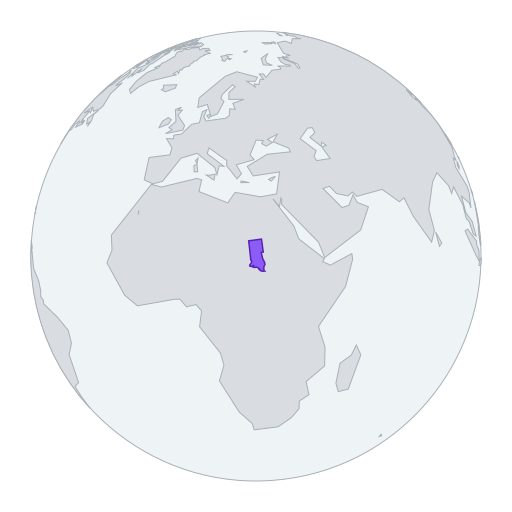 globe centered on North Darfur, rotated 353°
{"feature_id": "SDN-881", "entity_name": "North Darfur", "entity_type": "State", "adm_level": 1, "iso_a3": "SDN", "parent_name": "Sudan", "parent_adm1": "", "projection": "orthographic", "projection_center": [25.452, 15.918], "detail": "medium", "context": "on_globe", "style": "filled", "palette": "violet", "viewbox_px": 512, "rotation_deg": 353, "n_neighbors": 0, "source": "natural_earth", "source_scale": "10m", "svg_char_len": 9893}
<svg xmlns="http://www.w3.org/2000/svg" viewBox="0 0 512 512"><g transform="rotate(353 256 256)"><circle cx="256" cy="256" r="225" fill="#eef3f6" stroke="#a8b0b8"/><path d="M194.7,39.2L196.6,38.7L187.5,41.5L187.1,42.0L181.9,43.7L186.1,42.7L190.9,41.2L194.3,40.4L194.5,40.8L188.0,42.7L186.9,42.8L185.1,43.6L181.7,44.5L183.5,44.3L175.5,47.0L183.6,45.0L177.5,47.8L172.1,49.5L172.5,48.3L160.8,51.8L158.9,52.7L176.5,45.2L194.7,39.2ZM144.9,60.0L133.4,67.5L127.6,71.2L119.9,76.9L123.2,74.9L130.3,69.8L134.5,68.2L142.8,63.0L145.7,61.8L154.3,57.4L153.1,59.3L147.4,63.8L140.2,67.8L137.5,70.1L144.5,67.7L131.3,77.3L122.9,88.0L119.4,90.8L112.4,92.6L112.0,88.2L102.9,93.2L108.9,91.6L100.2,99.6L98.8,101.9L99.4,102.7L102.8,100.5L99.8,103.9L92.7,106.1L95.3,103.0L97.5,102.1L97.2,100.5L92.4,103.2L88.4,107.7L85.3,109.1L82.4,112.6L80.1,115.2L85.0,109.4L76.2,120.3L75.8,120.8L87.5,106.4L100.4,93.1L114.3,80.9L129.2,69.8L144.9,60.0ZM34.9,213.0L34.9,218.5L34.3,220.9L33.8,241.4L37.3,254.2L38.1,265.0L37.3,269.9L39.4,273.8L39.5,277.7L51.4,292.5L60.5,306.7L62.2,319.9L58.5,331.2L64.5,359.9L60.5,363.5L65.7,374.6L72.8,387.0L63.6,373.2L55.5,358.6L48.4,343.5L42.5,328.0L37.8,312.0L34.3,295.8L31.9,279.3L30.8,262.7L30.9,246.0L32.3,229.5L34.9,213.0ZM154.3,56.8L154.2,57.1L152.7,57.7L154.3,56.8ZM158.0,54.8L156.2,55.3L157.8,54.4L158.8,54.1L158.0,54.8ZM159.9,54.4L160.7,52.9L163.4,51.4L169.8,49.3L159.9,54.4ZM192.3,40.6L187.2,42.2L191.3,40.7L192.3,40.6ZM208.5,35.8L205.2,36.6L215.0,34.5L215.0,34.8L209.6,36.0L204.7,36.9L208.5,36.4L194.1,39.9L200.7,37.6L208.5,35.8ZM196.0,40.0L196.8,39.5L203.5,37.8L203.1,38.6L201.0,38.9L196.0,40.0ZM222.5,33.2L223.8,33.1L225.8,32.9L215.6,34.7L217.2,34.1L222.5,33.2ZM199.6,39.4L202.6,39.2L199.7,40.4L195.6,40.5L199.6,39.4ZM205.5,37.1L208.6,36.5L206.7,37.0L205.5,37.1ZM190.9,45.3L191.7,44.2L195.3,43.2L190.9,45.3ZM204.0,39.0L205.0,38.6L206.5,38.2L207.8,38.4L204.0,39.0ZM217.3,34.7L216.8,35.0L221.5,33.9L222.8,34.2L215.7,35.4L219.2,35.0L219.6,35.1L213.5,36.1L217.3,34.7ZM213.6,37.5L205.1,39.8L202.7,41.7L199.5,42.6L203.9,39.3L213.6,37.5ZM214.1,36.5L213.1,37.2L209.6,37.7L208.1,37.5L214.1,36.5ZM226.1,34.0L226.1,33.3L227.6,33.1L226.1,34.0ZM213.6,37.9L215.7,37.3L213.9,37.9L213.6,37.9ZM223.0,35.0L222.8,34.6L224.6,34.4L223.0,35.0ZM220.0,36.7L217.2,37.4L216.1,37.2L220.0,36.7ZM222.0,35.8L224.4,35.6L217.4,36.7L221.6,35.7L222.0,35.8ZM224.7,34.8L225.7,34.6L224.6,35.0L224.7,34.8ZM225.7,37.5L217.2,39.0L214.7,38.3L223.4,36.9L225.7,37.5ZM357.6,54.9L359.5,55.9L378.5,67.1L376.6,65.7L391.7,76.2L405.9,87.8L419.1,100.6L425.4,107.5L428.2,110.7L438.2,123.4L438.5,123.9L432.6,116.2L431.0,114.5L427.1,109.9L430.5,115.3L425.2,109.0L430.4,116.9L434.5,121.3L433.5,118.4L440.4,128.7L446.5,136.3L453.3,147.6L463.7,171.7L465.1,181.6L466.4,185.8L463.8,182.8L465.1,192.5L473.9,212.1L475.3,218.8L475.2,234.5L474.3,229.6L467.3,221.7L469.5,238.3L474.9,248.4L476.9,263.1L474.3,260.6L471.8,247.9L469.3,244.6L467.5,230.4L460.6,211.5L457.8,217.7L455.6,209.4L445.7,195.4L440.3,204.0L433.2,230.8L436.2,252.4L432.0,263.6L417.1,236.0L409.9,216.2L404.9,219.6L389.3,205.2L363.4,209.1L359.4,204.3L354.6,207.6L343.5,203.8L337.3,195.7L330.8,197.2L347.3,218.4L354.3,217.0L359.7,207.2L363.0,215.1L373.6,220.9L363.0,243.0L324.0,265.9L319.8,250.0L287.7,207.9L288.4,202.9L288.3,202.4L287.8,201.4L285.4,209.6L279.7,201.4L297.3,231.0L300.5,244.1L323.5,267.0L321.5,269.7L328.7,274.1L351.4,265.3L351.6,270.8L341.2,297.1L309.4,333.5L313.4,355.1L310.7,373.5L290.4,386.7L291.7,400.1L281.2,405.3L280.2,412.7L271.5,420.7L257.1,428.2L233.0,428.3L231.9,421.9L220.3,408.8L204.5,375.6L210.9,360.3L208.9,348.0L191.4,319.4L195.3,303.8L190.5,296.9L180.8,298.0L175.3,289.6L169.4,289.0L132.3,291.0L120.9,279.0L107.2,244.6L113.8,232.6L115.0,217.6L160.8,172.2L170.6,176.0L206.8,171.8L211.3,173.8L207.2,185.1L234.4,199.8L243.1,190.3L267.7,197.8L284.0,196.9L289.6,175.4L262.9,176.2L258.2,166.0L279.5,156.4L302.8,156.8L301.7,152.9L286.9,144.8L292.1,137.6L281.7,141.6L286.0,145.3L279.6,148.2L275.3,145.1L277.3,142.4L270.3,140.9L262.4,154.9L265.9,160.2L247.5,163.1L251.6,172.6L246.6,177.1L237.9,162.9L238.7,157.7L222.5,143.0L220.0,148.5L235.1,163.1L230.4,162.0L227.2,170.7L225.9,163.2L210.1,146.9L193.4,149.8L172.3,170.5L162.5,171.8L154.3,166.8L161.9,145.2L182.9,145.1L185.8,138.5L181.5,128.6L188.3,129.7L189.1,126.0L197.0,125.9L208.1,117.5L216.1,116.8L220.4,106.2L225.1,104.7L221.2,111.2L222.8,115.9L242.8,115.6L246.6,113.3L247.8,106.7L253.2,107.9L251.7,101.6L263.2,99.1L248.1,97.2L249.1,90.4L255.9,85.5L253.5,83.2L242.4,91.4L240.3,95.2L243.0,98.8L235.1,110.2L228.3,112.0L226.2,99.7L216.3,101.4L219.0,92.0L247.5,73.8L259.4,70.8L279.2,78.7L276.5,82.6L268.0,81.4L275.9,88.2L275.2,84.9L279.7,86.2L281.8,81.0L285.0,81.7L281.4,75.8L285.6,76.2L287.8,79.9L294.5,73.6L303.2,73.6L303.2,71.9L300.6,70.0L313.4,71.8L312.8,70.6L308.4,69.4L304.3,66.2L302.1,61.6L306.6,62.5L308.0,64.2L317.8,69.7L320.9,74.9L322.5,74.9L320.9,70.6L309.0,63.9L306.3,60.9L312.5,63.6L310.0,62.3L310.2,61.2L314.5,61.1L308.0,58.1L303.1,46.9L311.1,46.3L317.1,49.3L318.5,44.7L327.3,45.9L323.2,44.6L321.1,42.5L318.3,42.0L316.2,41.3L309.5,37.4L311.5,37.7L308.7,37.0L325.5,41.7L341.8,47.7L357.6,54.9ZM145.3,196.3L144.1,200.7L145.3,196.3ZM327.9,168.7L341.5,168.3L334.6,155.7L339.2,154.7L335.1,151.1L334.0,154.8L323.9,144.9L329.4,140.7L327.4,135.4L322.7,135.4L314.1,144.9L328.5,158.8L325.7,164.4L327.9,168.7ZM35.0,218.6L34.7,221.8L34.4,220.8L35.0,218.6ZM42.6,184.6L42.1,187.2L41.9,186.5L42.6,184.6ZM44.2,179.2L43.0,183.0L42.8,183.2L44.2,179.2ZM100.6,99.4L101.1,99.4L100.9,100.9L99.5,101.5L100.6,99.4ZM109.4,101.3L104.5,106.9L107.0,103.1L104.0,104.6L105.6,99.0L117.8,91.9L112.0,95.9L109.4,101.3ZM111.1,90.4L108.7,94.2L110.8,90.4L111.1,90.4ZM185.8,107.9L188.5,110.2L185.4,114.2L175.3,116.8L179.6,110.8L185.8,107.9ZM193.0,112.7L193.8,100.8L200.1,99.3L196.4,102.0L200.6,102.2L195.7,106.8L201.0,117.8L198.7,122.2L181.2,123.5L188.2,120.4L185.1,118.0L193.0,112.7ZM184.5,78.7L185.0,75.2L198.2,76.3L196.3,79.6L186.0,81.9L182.3,79.4L184.5,78.7ZM171.1,51.5L170.4,51.3L172.2,50.5L174.3,50.2L171.1,51.5ZM191.0,44.9L176.0,52.6L174.5,52.5L167.6,57.9L160.8,59.9L165.5,56.2L155.1,62.2L156.6,59.7L150.0,64.0L161.2,55.5L162.1,53.9L163.7,54.7L169.9,52.8L172.8,51.5L182.0,47.0L187.1,43.4L194.0,41.5L197.6,41.2L197.4,41.7L193.0,42.6L196.0,42.7L189.4,44.6L191.0,44.9ZM235.4,46.5L230.3,45.9L235.2,49.3L228.6,49.9L229.6,50.3L224.8,52.0L220.8,54.9L217.8,55.0L217.5,56.1L214.4,57.6L213.0,59.3L207.1,60.1L205.0,62.5L203.4,61.6L201.3,65.5L200.3,63.0L196.1,65.1L199.3,66.4L171.0,69.7L160.0,74.0L151.3,79.3L150.7,75.2L158.5,68.0L170.1,60.7L180.9,57.5L178.7,56.6L183.2,55.0L183.0,56.4L185.9,53.3L189.6,52.4L200.0,47.8L201.9,44.7L205.7,43.2L206.8,44.1L209.9,42.1L214.5,42.8L217.4,41.9L224.9,42.1L225.3,44.7L228.5,43.6L234.3,44.1L235.4,46.5ZM227.7,37.6L229.7,39.8L227.1,41.5L215.2,40.7L212.0,41.4L204.3,41.6L208.2,39.3L210.1,39.4L212.8,39.0L210.4,39.8L214.3,38.9L217.0,39.1L220.7,38.5L220.4,39.3L227.7,37.6ZM216.5,169.6L220.0,170.2L225.5,169.7L223.5,175.6L216.5,169.6ZM205.4,158.6L208.6,157.9L208.5,165.2L204.9,165.0L205.4,158.6ZM210.4,151.6L208.8,157.3L207.5,154.1L210.4,151.6ZM224.2,110.5L227.6,109.7L227.9,111.3L226.0,113.6L224.2,110.5ZM248.5,59.0L246.0,57.8L247.0,57.2L245.5,53.6L250.3,53.2L253.1,55.2L248.5,59.0ZM285.0,179.2L280.3,183.5L277.8,181.6L280.0,180.5L285.0,179.2ZM250.4,179.7L258.3,182.3L249.8,181.3L250.4,179.7ZM253.5,58.0L252.3,56.4L255.4,57.2L253.5,58.0ZM253.7,52.7L257.3,53.3L250.7,52.7L253.7,52.7ZM358.5,448.2L358.7,449.6L355.8,450.5L358.5,448.2ZM348.0,366.9L331.3,399.4L321.1,400.6L319.8,391.9L326.4,372.6L338.6,365.9L344.7,356.5L348.0,366.9ZM478.8,289.3L477.5,292.9L476.2,292.6L477.1,288.3L479.1,285.4L479.2,286.4L478.8,289.3ZM476.9,288.4L474.3,281.6L466.5,256.5L469.4,255.2L476.7,268.0L476.3,271.6L478.0,277.6L476.9,288.4ZM480.7,271.5L480.5,272.8L480.0,272.7L479.8,261.4L480.0,254.6L480.5,253.6L479.5,228.1L479.6,228.5L481.2,250.0L480.7,271.5ZM437.2,254.2L442.0,265.7L439.3,268.8L437.2,254.2ZM478.2,218.7L478.8,222.6L477.7,216.2L478.2,218.7ZM468.6,191.8L468.1,194.2L467.0,191.1L466.9,186.3L468.6,191.8ZM458.5,157.6L462.7,166.4L464.0,169.7L461.8,164.8L458.5,157.6ZM292.4,56.4L289.2,61.4L290.1,65.7L295.5,68.8L286.5,67.1L285.2,60.4L292.4,56.4ZM301.3,47.7L296.5,45.7L299.4,45.7L300.9,46.1L301.3,47.7ZM297.8,47.2L290.5,46.7L288.3,45.0L294.6,45.7L297.8,47.2ZM272.0,51.2L270.7,52.6L268.2,51.8L272.0,51.2ZM469.6,184.4L468.7,181.9L468.7,181.7L469.6,184.4ZM314.7,41.1L312.0,40.2L313.4,40.2L314.7,41.1ZM305.2,37.9L305.6,38.5L303.3,37.5L305.2,37.9ZM306.7,40.2L304.8,38.6L309.3,40.7L306.7,40.2Z" fill="#d9dde1" stroke="#a8b0b8" stroke-width="1"/><path d="M250.6,240.0L254.2,240.0L254.3,240.0L254.3,239.9L254.3,240.0L263.5,239.9L263.7,253.0L261.6,253.0L262.4,260.1L262.6,260.3L262.8,260.6L263.2,261.9L263.8,263.5L263.6,264.4L263.6,264.5L263.9,264.9L263.9,265.0L263.8,265.4L263.8,265.5L263.4,266.0L263.3,266.4L263.3,266.5L263.2,266.6L263.1,266.9L262.5,267.6L262.4,267.9L262.3,268.5L262.4,268.9L262.3,269.0L262.2,269.4L262.0,269.7L262.0,269.8L262.2,270.4L262.2,270.5L262.1,270.9L262.2,271.0L262.4,271.3L262.4,271.6L262.7,272.0L262.2,271.9L260.6,272.0L260.5,271.9L260.3,271.9L260.1,271.7L259.9,271.5L259.7,271.4L259.4,271.3L259.1,271.3L258.8,271.2L258.6,271.1L258.3,270.5L257.9,270.1L257.7,269.9L257.5,269.7L258.0,269.5L258.1,269.4L258.1,269.2L257.2,268.4L256.5,268.0L255.8,267.4L255.7,267.3L255.4,267.2L255.2,267.2L254.6,267.3L254.0,267.2L252.8,267.1L252.1,267.0L251.9,266.9L251.8,266.7L252.5,266.0L252.6,265.8L252.7,265.6L252.7,265.4L252.4,265.2L252.1,265.2L252.0,265.3L251.4,265.5L250.8,265.9L250.6,265.9L250.4,265.9L250.0,265.8L249.6,265.7L249.4,265.5L249.3,265.4L249.2,265.3L248.9,265.3L248.7,265.3L248.6,265.2L248.5,264.9L248.6,264.5L248.9,264.0L250.1,262.7L251.0,261.3L251.0,261.2L251.1,260.9L251.1,260.7L251.0,260.4L250.9,260.1L250.8,259.9L250.6,259.7L250.4,259.5L250.3,259.4L250.3,259.2L250.3,258.9L250.3,258.3L250.3,258.2L250.5,256.8L250.4,256.8L250.6,240.0Z" fill="#8b5cf6" stroke="#5b21b6" stroke-width="1.5"/></g></svg>